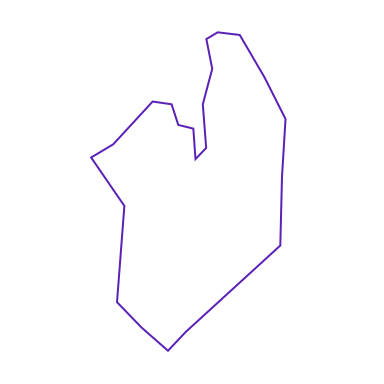 an SVG outline of Sha Tin, rotated 331°
{"feature_id": "HKG-5163", "entity_name": "Sha Tin", "entity_type": "state/province", "adm_level": 1, "iso_a3": "HKG", "parent_name": "Hong Kong S.A.R.", "parent_adm1": "", "projection": "robinson", "projection_center": [114.207, 22.389], "detail": "fine", "context": "isolated", "style": "outline", "palette": "violet", "viewbox_px": 384, "rotation_deg": 331, "n_neighbors": 0, "source": "natural_earth", "source_scale": "10m", "svg_char_len": 445}
<svg xmlns="http://www.w3.org/2000/svg" viewBox="0 0 384 384"><g transform="rotate(331 192 192)"><path d="M201.4,93.8L216.7,105.4L212.5,126.7L223.9,137.2L211.0,164.9L225.7,160.4L244.0,120.5L269.4,94.1L278.7,65.2L291.9,64.8L309.9,77.8L311.0,126.9L309.2,173.5L278.1,222.3L243.3,281.6L155.3,302.6L118.8,311.3L94.0,319.2L82.1,285.9L73.0,252.0L126.1,171.4L120.5,112.9L146.2,112.1L201.4,93.8Z" fill="none" stroke="#5b21b6" stroke-width="2"/></g></svg>